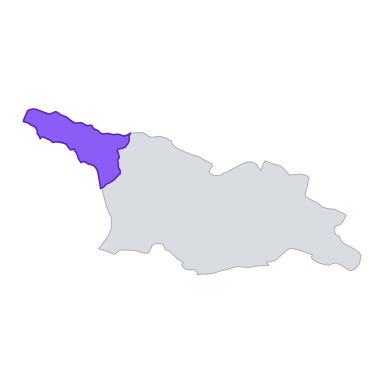 Abkhazia highlighted on a map of Georgia
{"feature_id": "GEO-3015", "entity_name": "Abkhazia", "entity_type": "Autonomous Republic", "adm_level": 1, "iso_a3": "GEO", "parent_name": "Georgia", "parent_adm1": "", "projection": "orthographic", "projection_center": [41.203, 42.991], "detail": "fine", "context": "in_parent", "style": "filled", "palette": "violet", "viewbox_px": 384, "rotation_deg": 0, "n_neighbors": 0, "source": "natural_earth", "source_scale": "10m", "svg_char_len": 3826}
<svg xmlns="http://www.w3.org/2000/svg" viewBox="0 0 384 384"><path d="M197.3,274.9L197.3,273.6L196.9,271.7L195.2,270.3L193.0,269.4L189.0,269.9L185.2,269.0L182.4,266.5L181.8,264.6L183.3,263.0L182.1,261.8L177.4,258.8L169.6,251.2L165.3,249.6L163.5,244.8L161.8,243.8L158.1,243.4L154.3,243.9L153.5,244.5L152.3,245.3L149.4,251.4L147.3,253.5L142.1,252.6L137.8,251.2L134.3,250.5L127.6,250.0L119.9,250.0L114.7,254.3L112.5,253.8L108.5,251.7L102.2,250.0L98.8,248.7L108.4,235.9L111.3,228.3L111.3,223.7L111.4,218.0L106.3,206.0L102.0,189.1L97.5,171.4L94.0,166.1L79.5,160.0L76.2,153.0L65.1,144.0L49.7,140.0L46.7,138.3L33.4,126.9L23.0,119.5L25.3,115.1L28.4,110.6L31.6,109.5L41.0,111.4L49.7,113.6L56.0,112.1L63.5,115.8L70.4,120.0L77.3,123.0L90.9,125.8L95.9,129.6L101.9,133.5L125.0,135.3L126.9,134.7L128.6,134.1L136.3,132.6L143.2,132.8L150.5,137.3L155.2,137.0L160.1,136.2L166.5,138.5L171.6,141.2L172.1,144.1L176.6,148.1L189.6,154.0L200.1,157.2L203.4,159.6L211.4,163.5L212.2,164.8L212.1,166.5L210.0,169.6L209.5,172.4L210.6,173.9L213.9,175.3L220.5,175.4L222.8,173.4L227.6,171.8L232.3,169.1L238.7,165.5L247.3,162.1L250.8,162.0L254.2,162.8L256.6,164.4L260.8,170.5L264.4,161.6L265.4,160.9L269.0,162.5L275.5,164.6L280.0,165.7L282.4,167.4L289.6,175.1L300.4,174.1L305.1,175.1L307.7,176.3L308.9,177.8L307.3,185.9L305.1,194.3L305.4,196.3L309.9,199.2L316.1,202.2L319.5,204.6L321.8,206.9L326.6,208.4L332.3,209.2L334.9,209.2L337.8,211.0L345.2,214.4L346.2,215.2L345.1,217.7L342.5,222.3L340.3,224.7L337.8,225.2L335.4,226.3L334.6,228.7L334.7,231.8L335.2,233.9L335.9,234.7L338.6,235.3L341.5,241.5L345.7,244.5L352.2,247.8L358.0,251.6L361.0,255.2L360.6,258.1L359.2,264.0L354.8,269.1L351.0,270.6L349.6,270.2L346.9,268.8L341.6,265.4L335.9,262.8L331.7,264.0L328.9,265.3L323.3,264.3L316.6,262.1L313.1,259.8L311.5,258.0L312.3,254.7L297.2,249.5L289.9,248.3L286.8,250.2L276.2,259.6L275.0,260.6L266.7,262.2L266.7,262.9L268.7,264.8L268.4,265.4L254.3,266.2L249.7,267.5L237.1,266.5L233.0,267.3L229.6,268.8L221.1,270.7L215.2,272.8L207.7,274.0L199.9,274.3L197.3,274.9Z" fill="#d9dde1" stroke="#a8b0b8" stroke-width="1"/><path d="M32.3,109.1L35.7,109.1L47.7,113.8L49.7,114.0L51.2,113.6L54.4,112.0L56.2,111.8L57.6,112.5L58.1,112.9L60.5,114.8L65.5,116.6L67.1,117.5L73.8,122.9L75.3,123.3L80.5,122.7L82.1,123.0L83.7,123.8L85.3,125.1L87.0,125.8L90.5,125.1L92.0,125.7L92.4,126.4L93.1,127.9L93.6,128.6L94.3,129.2L96.9,130.0L98.2,130.8L100.4,133.0L101.7,133.7L103.5,133.9L107.1,133.4L108.9,133.6L112.1,134.5L113.7,134.6L117.1,134.2L118.6,134.3L120.0,134.7L121.6,135.4L123.1,135.9L124.7,135.9L126.3,135.6L130.2,133.4L129.5,135.0L129.0,136.7L129.2,138.7L129.2,140.6L128.5,142.5L127.6,144.1L126.4,145.4L125.5,147.0L122.9,148.1L118.1,149.1L117.8,149.6L117.0,150.6L117.9,151.7L118.3,153.1L118.6,154.7L118.7,155.0L119.1,156.2L119.3,157.6L118.6,158.7L118.0,159.1L117.4,159.7L117.4,160.4L117.8,161.0L118.3,164.1L118.3,165.9L118.5,167.5L119.9,169.9L120.1,171.5L120.3,172.8L119.9,174.1L119.0,174.6L117.9,175.5L117.2,176.6L113.2,180.6L108.9,183.1L106.3,184.1L105.6,184.9L104.5,186.3L102.6,187.5L102.1,187.8L100.9,188.4L100.6,188.5L98.0,172.7L97.2,170.0L95.9,167.7L94.2,165.9L92.2,164.8L88.4,164.1L87.6,163.6L86.8,162.9L85.6,162.2L84.3,161.7L83.4,161.6L82.8,161.8L81.8,162.4L81.1,162.5L80.6,162.2L78.4,158.7L77.2,154.6L75.2,151.0L74.3,149.0L73.1,149.1L71.2,149.9L69.9,149.5L68.4,147.2L67.6,146.7L67.6,146.3L66.4,144.3L66.1,144.1L62.5,142.6L57.5,141.9L55.2,142.0L53.6,142.4L53.0,142.5L52.4,142.2L51.5,141.3L51.0,141.1L50.8,140.9L49.9,140.0L49.5,139.6L49.0,139.4L47.5,139.1L43.5,137.2L41.7,137.0L40.4,138.6L39.9,138.1L39.2,136.2L38.7,135.4L37.6,134.2L37.1,133.5L37.4,131.3L36.6,129.3L35.6,127.5L34.8,126.5L33.3,125.8L30.6,124.9L29.0,123.3L28.3,122.9L26.1,122.5L24.6,121.9L23.4,121.6L23.7,120.4L27.1,111.8L27.8,110.7L29.0,109.9L32.3,109.1Z" fill="#8b5cf6" stroke="#5b21b6" stroke-width="1.5"/></svg>